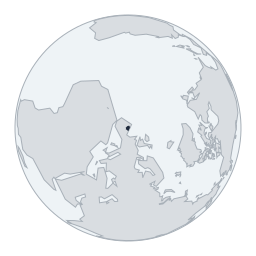 the Earth from above León, rotated 125°
{"feature_id": "ESP-5830", "entity_name": "León", "entity_type": "Autonomous Community", "adm_level": 1, "iso_a3": "ESP", "parent_name": "Spain", "parent_adm1": "", "projection": "orthographic", "projection_center": [-5.923, 42.635], "detail": "medium", "context": "on_globe", "style": "filled", "palette": "slate", "viewbox_px": 256, "rotation_deg": 125, "n_neighbors": 0, "source": "natural_earth", "source_scale": "10m", "svg_char_len": 9943}
<svg xmlns="http://www.w3.org/2000/svg" viewBox="0 0 256 256"><g transform="rotate(125 128 128)"><circle cx="128" cy="128" r="113" fill="#eef3f6" stroke="#a8b0b8"/><path d="M35.6,192.4L32.5,187.2L30.1,182.9L25.5,174.1L19.7,156.1L19.9,153.0L19.2,149.3L21.6,147.0L21.8,139.0L21.2,136.4L20.1,137.2L18.8,127.1L19.6,119.8L22.0,92.4L23.6,87.8L25.8,83.6L37.4,63.4L27.3,79.0L29.8,73.9L33.8,67.3L34.0,67.4L40.1,59.5L43.8,54.7L52.5,46.7L62.2,41.8L59.5,44.0L62.1,42.8L65.7,40.0L67.3,38.6L81.2,32.7L93.7,26.7L95.5,24.5L96.7,25.4L98.9,21.5L104.4,19.2L99.5,22.0L99.9,22.5L104.2,21.0L105.6,21.2L108.5,20.7L109.8,21.2L106.8,23.1L107.6,23.6L110.6,22.5L113.8,22.6L109.3,24.1L114.4,24.4L110.4,28.2L97.2,32.8L96.2,36.3L85.8,44.9L87.9,44.9L85.4,48.6L86.9,50.0L84.5,51.5L87.8,51.4L89.6,49.8L91.7,49.4L92.8,50.1L89.9,52.0L89.0,51.9L88.7,52.9L86.9,53.5L88.4,53.7L84.8,56.0L89.9,54.9L88.4,57.9L85.6,59.1L83.9,57.3L73.2,56.7L69.9,57.9L66.9,61.1L65.4,70.3L62.6,72.5L60.2,76.6L62.6,76.0L65.4,72.6L69.4,72.8L72.3,68.9L74.4,68.6L78.2,65.5L79.7,67.8L79.2,71.9L76.1,74.6L75.7,76.6L80.4,75.6L76.3,82.7L76.5,91.0L75.2,92.8L69.6,92.9L65.3,88.4L58.0,89.5L64.9,90.8L61.5,95.7L61.9,97.5L63.3,98.5L65.4,97.5L64.7,99.8L57.7,99.0L58.2,97.0L60.4,97.1L58.4,95.2L53.6,95.2L52.3,97.9L46.5,95.8L45.5,97.8L43.7,98.6L45.7,95.5L42.0,101.2L35.0,101.2L29.8,111.2L32.6,100.6L32.2,97.0L31.2,93.6L30.3,95.2L30.2,89.3L28.0,88.2L24.0,94.0L21.4,101.3L21.7,106.9L23.4,105.3L24.5,108.5L20.5,114.2L21.9,122.1L19.9,127.8L19.9,132.9L21.4,135.3L22.8,140.2L24.8,138.9L27.6,140.7L26.6,145.8L29.0,143.2L30.0,147.7L36.3,154.6L35.5,155.2L40.7,166.9L48.0,175.4L49.7,180.3L48.7,181.8L51.6,184.4L51.7,185.9L65.0,195.3L73.1,202.1L73.7,206.7L68.6,209.2L68.0,216.9L60.0,214.5L60.6,216.7L59.1,217.0L54.9,213.7L47.8,207.1L41.4,200.0L35.6,192.4ZM28.1,114.0L29.9,125.8L27.3,122.2L28.1,122.2L28.0,118.5L27.2,113.3L25.4,110.5L28.1,114.0ZM32.3,112.1L31.8,110.5L32.5,111.7L32.3,112.1ZM67.9,37.9L65.6,40.0L61.9,42.5L63.6,40.7L67.9,37.9ZM75.2,33.8L74.5,34.7L71.6,35.5L72.9,34.8L75.2,33.8ZM96.6,23.1L94.4,24.1L96.0,23.0L96.6,23.1ZM108.7,20.6L108.8,20.2L110.3,20.1L108.7,20.6ZM77.1,64.4L77.6,64.9L76.6,65.2L77.1,64.4ZM78.2,62.7L76.7,62.7L77.0,61.8L78.0,61.8L78.2,62.7ZM113.6,20.9L115.8,21.0L113.0,21.2L113.6,20.9ZM80.0,62.9L77.8,60.4L78.4,59.0L82.4,57.9L80.0,62.9ZM116.8,21.2L122.3,21.6L123.1,20.8L123.8,23.4L118.9,22.1L115.3,22.5L117.2,21.8L116.8,21.2ZM89.8,49.0L87.8,50.7L88.5,48.6L89.8,49.0ZM89.7,47.8L88.7,42.5L92.1,40.6L91.7,42.7L95.3,39.8L97.5,41.4L96.0,43.4L93.3,44.2L96.2,44.2L89.7,47.8ZM123.4,24.9L124.2,25.4L122.8,25.3L123.4,24.9ZM92.6,49.0L92.1,48.0L95.0,46.3L96.5,47.9L95.1,47.9L92.6,49.0ZM95.2,38.3L97.6,37.4L100.1,38.4L101.3,38.2L97.8,41.3L95.2,38.3ZM95.0,48.7L97.2,48.8L96.8,50.4L93.3,49.9L95.0,48.7ZM95.1,45.1L96.5,44.4L96.2,45.3L95.1,45.1ZM96.7,56.4L96.0,55.1L97.5,54.0L96.7,56.4ZM98.1,48.7L98.2,48.2L98.7,47.7L100.1,48.1L98.1,48.7ZM99.8,41.9L100.3,42.6L101.3,40.7L103.2,41.5L100.5,43.4L102.4,42.9L103.0,43.2L100.2,44.5L99.8,41.9ZM103.0,47.0L100.2,50.0L101.1,52.5L99.8,53.5L98.6,49.2L103.0,47.0ZM101.6,45.4L102.2,46.6L100.3,47.1L98.7,46.6L101.6,45.4ZM105.4,41.4L103.2,39.6L103.9,39.3L105.4,41.4ZM103.6,47.6L104.3,46.8L103.9,47.7L103.6,47.6ZM105.3,43.1L104.4,42.5L105.2,42.1L105.3,43.1ZM106.3,46.0L105.4,46.9L104.3,46.6L106.3,46.0ZM106.1,44.6L107.4,44.2L104.5,45.9L105.6,44.4L106.1,44.6ZM106.1,42.9L106.3,42.4L106.4,43.2L106.1,42.9ZM110.9,46.8L107.5,49.0L105.1,48.3L108.7,46.2L110.9,46.8ZM194.6,37.2L194.1,36.8L195.3,37.8L193.3,36.4L198.0,40.2L195.4,38.6L200.4,42.6L201.4,43.0L198.2,40.1L203.6,44.6L210.2,51.0L216.2,57.9L221.5,65.3L226.3,73.0L230.4,81.2L233.9,89.6L233.0,87.3L234.6,92.2L233.3,89.2L231.0,86.9L232.7,94.0L236.1,110.1L238.5,118.6L238.8,125.1L234.5,118.6L230.8,111.9L230.3,115.2L224.9,113.4L218.7,122.9L216.8,121.6L215.9,124.5L211.9,125.6L208.8,123.2L206.8,125.5L215.0,131.5L217.0,129.0L217.3,122.9L219.3,125.8L223.0,125.6L222.3,138.6L211.5,158.3L208.9,152.4L192.6,140.2L192.3,137.7L192.1,137.4L191.8,137.0L191.9,141.4L188.6,138.6L198.9,148.9L201.4,154.1L211.3,158.9L210.8,160.5L213.5,160.7L220.4,151.3L220.8,153.6L218.5,167.0L207.6,188.4L208.1,195.2L205.9,201.9L197.1,210.5L196.0,214.1L191.2,217.8L189.6,219.9L184.6,223.7L177.1,228.1L166.4,232.1L167.2,230.8L164.2,229.1L160.6,221.5L164.9,215.6L164.6,211.6L156.6,203.4L158.5,196.9L156.0,194.7L151.0,196.3L147.9,193.6L144.8,193.9L124.0,197.7L116.7,193.5L105.9,179.2L109.0,173.6L108.0,166.6L128.0,141.5L134.0,142.5L151.8,136.2L154.4,136.6L154.2,142.8L169.1,145.9L171.6,139.9L183.2,139.2L189.7,135.7L188.6,124.0L178.0,129.5L174.2,125.2L181.2,116.3L190.1,111.7L189.0,109.9L181.7,108.7L182.1,103.7L179.0,108.0L181.5,109.1L179.6,112.0L177.2,111.1L177.4,109.3L174.2,109.9L173.9,118.7L176.4,120.9L169.1,125.6L172.5,129.7L171.1,132.8L164.8,127.1L164.1,124.3L153.7,119.0L153.7,122.3L163.6,127.6L161.2,127.8L161.3,132.7L159.4,129.1L148.6,122.8L140.9,126.4L134.0,139.6L128.9,141.1L123.3,139.2L123.0,127.1L134.4,125.1L134.4,121.2L129.7,116.1L133.6,116.1L133.1,113.9L137.1,112.9L140.5,106.8L144.2,105.4L143.3,98.5L145.1,97.0L145.1,101.4L147.2,103.9L156.3,100.6L157.4,98.7L156.0,94.6L158.7,94.4L156.2,90.9L160.3,87.4L153.2,88.9L151.4,84.6L152.6,80.3L150.8,79.2L148.8,86.3L149.1,89.0L151.5,90.7L151.3,98.7L148.7,100.9L144.0,93.8L139.8,96.2L138.0,90.1L144.5,74.1L148.4,69.9L159.6,71.4L160.0,74.5L156.2,75.4L161.8,78.2L160.4,76.2L162.6,76.2L161.4,72.4L162.9,72.2L159.2,69.0L161.0,68.4L163.3,70.4L163.1,64.6L166.0,62.6L165.3,61.4L163.6,60.7L168.5,58.8L167.7,58.0L165.8,58.3L162.9,57.0L159.9,54.2L161.7,53.6L163.1,54.6L168.8,56.0L172.1,58.9L172.6,58.4L170.1,55.8L163.2,54.1L160.8,52.5L164.1,52.9L162.7,52.6L162.1,51.7L163.2,50.4L159.7,49.8L150.5,41.4L151.8,38.3L155.8,39.4L151.3,33.8L153.2,31.3L151.4,31.5L148.1,29.4L147.5,30.1L146.4,30.1L137.6,25.6L137.0,24.3L131.2,23.2L130.3,23.3L130.4,24.2L123.8,23.4L123.1,20.8L125.2,20.5L123.3,19.3L128.4,18.8L131.7,18.1L138.3,18.7L140.4,18.3L139.4,17.9L141.4,17.3L149.1,17.8L147.2,19.0L136.7,19.8L141.4,19.4L141.6,20.1L144.1,20.4L147.3,20.3L146.8,19.9L158.6,23.6L168.9,26.1L165.0,23.9L165.3,23.2L173.6,25.4L190.9,34.7L191.3,34.8L194.6,37.2ZM123.3,154.8L123.2,157.0L123.3,154.8ZM201.2,112.0L205.6,108.4L200.9,103.6L202.2,101.9L200.1,101.0L200.5,103.3L195.1,100.5L195.9,96.8L194.0,94.4L192.5,95.6L191.7,102.8L199.5,106.7L199.7,110.3L201.2,112.0ZM36.5,154.7L37.2,156.5L36.0,155.5L36.5,154.7ZM26.2,123.8L27.0,125.4L27.1,127.1L26.4,126.1L26.2,123.8ZM34.4,136.6L35.7,138.7L34.0,137.4L34.4,136.6ZM30.3,127.5L33.4,135.1L30.3,133.1L28.5,128.4L30.2,130.4L30.3,127.5ZM30.3,114.4L30.6,115.8L30.0,116.4L30.3,114.4ZM32.7,113.0L32.5,112.7L32.7,111.5L32.7,113.0ZM62.0,95.7L62.5,95.8L63.6,97.3L62.4,97.3L62.0,95.7ZM72.7,99.8L71.3,103.4L71.4,100.8L69.5,101.4L67.3,96.9L74.5,93.5L71.6,95.8L72.7,99.8ZM66.4,90.4L66.9,93.4L66.0,90.3L66.4,90.4ZM126.1,103.6L128.3,104.7L127.9,107.4L123.1,109.9L123.6,105.9L126.1,103.6ZM131.4,105.8L128.1,98.5L131.0,96.9L130.0,99.0L132.2,98.7L131.1,102.0L137.0,107.8L137.0,110.7L128.2,113.2L131.1,110.7L128.8,109.7L131.4,105.8ZM114.7,85.0L113.3,82.4L121.3,82.2L121.7,84.6L116.9,87.1L113.7,85.6L114.7,85.0ZM87.6,61.8L86.5,61.3L87.3,60.7L88.8,60.7L87.6,61.8ZM96.2,55.9L93.0,63.7L91.6,63.4L91.3,68.6L87.6,70.0L87.9,66.5L84.9,71.6L83.7,69.1L82.0,72.7L83.1,64.8L81.8,62.9L84.6,64.5L88.0,63.2L89.2,62.1L91.4,57.6L90.5,53.2L93.8,51.4L96.4,51.4L97.1,52.2L94.7,53.0L97.4,53.5L94.5,55.3L96.2,55.9ZM124.3,55.1L121.3,55.2L126.1,57.6L123.3,59.0L124.0,59.2L122.8,61.2L122.5,64.0L120.9,64.4L121.5,65.4L120.7,66.8L120.9,68.3L118.2,69.5L118.3,71.5L116.9,71.0L117.8,74.1L116.0,72.3L114.7,74.2L117.2,74.9L101.9,78.9L97.0,82.4L93.9,86.4L91.1,83.1L92.2,77.4L95.5,71.4L100.7,68.7L98.5,67.8L100.3,66.4L101.3,67.7L100.9,64.8L102.6,64.0L105.6,59.3L103.9,56.0L105.0,54.4L106.5,55.3L106.5,53.0L110.1,53.6L110.9,52.5L115.3,52.1L117.8,54.7L118.5,53.2L121.9,53.0L124.3,55.1ZM112.2,46.8L115.8,49.2L116.0,51.3L108.3,51.2L107.0,52.1L102.1,52.4L101.8,49.4L103.3,49.6L104.6,49.1L104.1,50.2L105.5,49.0L107.5,49.2L109.2,48.3L109.9,49.4L112.2,46.8ZM156.1,133.8L157.9,133.5L160.3,132.5L160.4,135.7L156.1,133.8ZM148.7,129.6L150.1,128.8L151.5,132.6L149.6,133.0L148.7,129.6ZM149.8,125.3L150.1,128.5L148.8,127.0L149.8,125.3ZM146.3,100.5L147.7,99.6L148.3,100.5L148.1,102.1L146.3,100.5ZM138.1,63.3L136.3,62.8L136.4,62.2L133.7,59.6L135.6,58.5L138.0,59.6L138.1,63.3ZM187.4,126.8L186.2,129.9L185.0,129.4L185.6,128.4L187.4,126.8ZM173.2,133.5L177.0,133.4L173.2,134.4L173.2,133.5ZM139.7,61.7L138.3,60.7L140.1,60.8L139.7,61.7ZM136.8,57.6L138.7,57.4L135.5,58.1L136.8,57.6ZM218.5,190.5L209.6,204.6L206.2,207.5L207.0,205.3L211.3,197.9L215.8,192.7L218.4,188.0L218.5,190.5ZM238.7,119.0L239.8,121.9L239.8,124.3L238.7,119.0ZM153.8,52.5L155.5,57.1L157.9,60.1L161.3,61.0L157.3,61.9L153.5,57.3L153.8,52.5ZM150.7,42.7L147.8,42.2L148.5,41.3L149.3,41.3L150.7,42.7ZM149.3,43.2L146.8,44.7L144.8,43.7L147.2,42.7L149.3,43.2ZM143.3,52.9L143.7,54.3L142.3,54.1L143.3,52.9ZM174.7,25.5L169.9,23.6L166.7,22.2L167.0,22.3L172.2,24.4L172.5,24.5L173.3,24.9L174.7,25.5ZM167.7,22.7L169.1,23.4L164.1,23.1L162.2,22.7L164.3,21.9L165.7,22.5L167.5,22.9L167.7,22.7ZM125.0,25.0L124.3,25.3L124.2,24.8L125.0,25.0ZM146.1,30.5L144.6,30.4L144.5,29.7L146.1,30.5ZM140.3,29.7L141.5,30.6L139.5,29.9L140.3,29.7ZM144.3,32.7L141.6,31.1L145.3,32.4L144.3,32.7Z" fill="#d9dde1" stroke="#a8b0b8" stroke-width="1"/><path d="M129.5,126.8L129.6,127.0L129.6,127.3L129.5,127.5L129.4,127.8L129.5,127.9L129.5,128.0L129.5,128.5L129.4,128.5L129.2,128.7L129.0,128.8L128.9,128.8L128.8,129.0L128.7,129.2L128.4,129.1L128.2,129.0L127.8,128.9L127.6,129.0L127.5,128.9L127.4,128.8L127.2,128.9L126.9,128.8L126.7,128.7L126.8,128.7L126.7,128.4L126.6,128.2L126.5,128.3L126.3,128.2L126.4,127.9L126.5,127.8L126.6,127.7L126.7,127.4L126.7,127.5L126.8,127.5L126.9,127.4L127.0,127.4L127.3,127.3L127.3,127.2L127.6,127.3L127.6,127.2L127.8,127.2L128.0,127.2L128.0,127.3L128.3,127.2L128.5,127.2L128.8,127.2L129.0,127.1L129.2,126.9L129.3,126.9L129.5,126.8ZM128.9,128.8L128.9,128.7L128.9,128.8Z" fill="#64748b" stroke="#1e293b" stroke-width="1.5"/></g></svg>